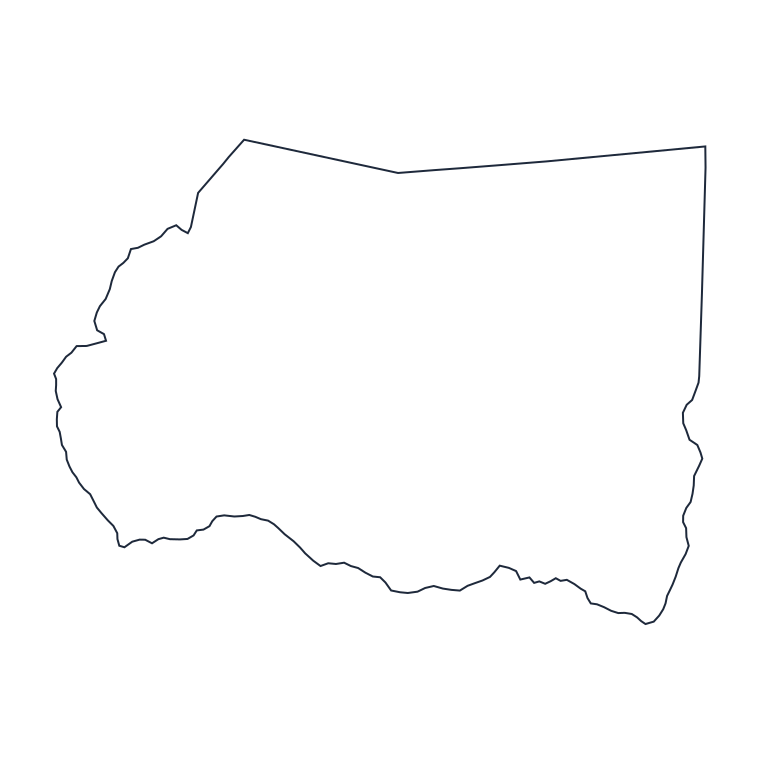 Matina, Bahia, Brazil (Robinson projection), rotated 358°
{"feature_id": "56859067B75193807693775", "entity_name": "Matina", "entity_type": "district", "adm_level": 2, "iso_a3": "BRA", "parent_name": "Brazil", "parent_adm1": "Bahia", "projection": "robinson", "projection_center": [-42.972, -13.855], "detail": "fine", "context": "isolated", "style": "outline", "palette": "slate", "viewbox_px": 768, "rotation_deg": 358, "n_neighbors": 0, "source": "geoboundaries", "source_scale": "gbopen_adm2", "svg_char_len": 2389}
<svg xmlns="http://www.w3.org/2000/svg" viewBox="0 0 768 768"><g transform="rotate(358 384 384)"><path d="M713.4,157.8L554.3,167.2L505.4,169.4L468.1,171.0L442.0,172.0L405.4,173.6L299.8,146.9L284.5,143.0L252.7,135.0L236.8,151.7L230.9,158.5L226.7,163.0L204.9,186.5L196.5,220.4L193.2,226.4L187.1,222.9L181.9,218.1L173.1,221.4L166.4,228.6L158.8,233.3L149.3,236.4L142.8,239.3L135.8,240.3L132.4,249.4L127.7,253.9L122.8,257.4L119.0,262.9L115.5,271.6L113.3,279.6L108.8,289.3L102.8,296.3L99.5,302.5L96.7,310.9L99.2,320.3L105.9,324.4L107.7,331.1L98.3,333.3L88.2,335.6L78.1,335.4L72.7,341.8L67.3,345.6L62.8,351.4L58.0,356.7L54.6,362.1L56.5,367.6L56.3,373.6L55.7,379.5L57.2,387.8L60.5,395.9L56.6,400.4L55.8,407.8L55.7,414.9L58.2,420.5L59.2,427.3L60.0,433.7L63.9,440.7L64.3,448.5L66.8,455.5L69.6,461.4L73.3,466.5L75.8,471.9L80.5,478.5L86.5,483.9L90.2,491.9L92.7,497.4L97.0,503.0L103.2,510.6L108.6,516.4L112.2,523.8L112.2,529.7L113.8,536.4L118.9,538.1L126.9,532.8L134.4,531.0L139.9,531.3L146.6,535.1L153.1,531.2L158.5,529.9L164.6,531.6L174.7,532.2L182.2,532.0L188.4,528.7L191.8,523.8L198.5,523.2L204.6,520.0L207.6,515.1L212.0,510.6L219.7,509.7L229.8,511.2L238.3,511.0L244.8,510.2L250.7,512.2L256.3,514.8L263.4,516.5L269.1,520.3L273.2,524.2L279.5,530.7L288.2,538.0L294.4,544.5L299.3,550.5L307.1,558.1L314.2,563.7L322.0,561.2L329.7,562.2L337.9,561.2L344.6,564.8L351.7,567.0L358.8,571.9L366.1,576.0L373.4,577.0L378.5,582.4L383.9,590.6L392.8,592.7L400.5,593.7L410.3,592.7L418.0,589.3L426.7,587.6L435.7,590.5L444.2,592.1L452.6,593.1L460.5,588.6L467.6,586.3L475.6,583.8L483.2,580.5L487.7,576.0L493.3,569.6L502.3,572.1L509.5,575.6L513.4,584.2L522.6,582.4L527.1,588.0L532.3,586.7L538.1,589.3L543.7,586.9L548.9,584.1L553.6,586.9L559.9,586.1L567.3,590.6L573.4,595.4L577.9,598.2L579.9,605.0L583.0,610.5L589.2,611.6L596.1,614.7L603.1,618.6L610.1,621.1L616.6,621.1L623.6,622.5L628.7,626.0L632.7,629.9L636.9,633.0L645.3,630.9L651.0,625.0L655.2,618.8L657.7,613.1L659.5,605.7L662.6,599.9L665.4,594.5L668.8,586.7L671.8,578.3L674.4,572.8L679.5,564.5L682.9,556.4L680.9,547.6L680.9,538.6L678.1,532.5L678.4,526.1L681.8,518.4L686.3,512.6L688.5,504.5L690.0,496.2L690.7,486.8L696.1,476.7L699.5,469.7L697.9,463.5L695.0,455.9L687.4,450.4L684.4,440.7L681.7,433.7L681.7,423.2L685.8,415.3L691.4,410.7L695.0,402.0L698.4,393.6L699.3,387.2L704.9,304.7L712.9,179.0L713.4,157.8Z" fill="none" stroke="#1e293b" stroke-width="2"/></g></svg>